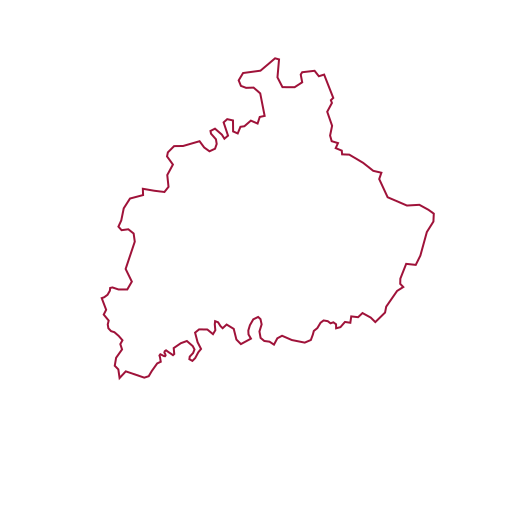 outline of Minas de Corrales, Rivera, Uruguay, rotated 41°
{"feature_id": "84410073B24709911994057", "entity_name": "Minas de Corrales", "entity_type": "district", "adm_level": 2, "iso_a3": "URY", "parent_name": "Uruguay", "parent_adm1": "Rivera", "projection": "albers", "projection_center": [-55.503, -31.525], "detail": "fine", "context": "isolated", "style": "outline", "palette": "rose", "viewbox_px": 512, "rotation_deg": 41, "n_neighbors": 0, "source": "geoboundaries", "source_scale": "gbopen_adm2", "svg_char_len": 2590}
<svg xmlns="http://www.w3.org/2000/svg" viewBox="0 0 512 512"><g transform="rotate(41 256 256)"><path d="M180.8,365.7L174.1,371.5L168.3,373.9L166.9,375.8L168.5,378.1L169.4,382.7L168.5,386.7L167.2,389.0L178.2,394.9L179.5,400.1L187.2,401.4L189.0,404.9L192.0,407.4L195.9,407.8L199.1,406.4L204.8,406.4L210.5,407.2L211.4,411.5L216.2,414.4L217.2,424.6L221.4,431.5L226.5,431.9L233.1,437.6L233.4,428.5L251.5,421.1L253.9,417.1L252.8,411.2L251.9,401.9L253.5,398.3L250.1,395.5L248.4,394.4L248.3,392.9L250.1,392.4L252.2,391.9L253.1,391.3L253.0,390.4L252.1,389.7L250.2,389.0L249.6,387.7L250.0,386.2L253.3,385.9L256.4,385.5L258.4,385.3L258.6,383.6L256.4,381.5L254.3,379.5L256.5,371.1L259.6,365.5L267.4,365.5L270.9,366.9L272.2,370.5L272.0,375.4L273.4,377.6L276.8,376.9L277.1,373.0L275.6,366.4L275.5,362.2L268.5,359.4L260.3,353.8L261.2,348.7L267.5,343.4L274.8,343.2L274.0,338.7L269.7,334.6L267.9,332.0L270.9,330.9L275.1,332.2L278.2,332.4L278.8,327.0L287.0,325.6L296.0,331.9L302.4,332.4L306.4,321.7L301.8,320.1L299.1,317.3L296.8,312.2L295.5,305.6L297.6,300.6L300.8,300.7L305.1,303.9L308.1,310.7L313.2,314.8L318.0,314.7L322.4,311.8L327.7,311.1L326.1,304.1L328.0,299.1L338.2,295.9L349.6,289.4L352.5,283.4L350.5,278.1L348.8,274.6L349.6,270.2L348.5,264.0L349.3,260.3L352.9,258.1L356.4,257.9L357.9,255.3L361.2,255.0L363.9,258.0L366.4,254.3L366.4,247.4L371.0,244.5L367.5,239.1L373.2,235.2L373.8,229.2L383.0,227.2L389.4,227.6L390.5,214.0L387.5,208.8L385.4,189.8L387.5,182.8L383.1,182.4L379.8,178.4L374.5,163.4L382.4,157.9L379.8,147.9L369.2,125.8L367.3,113.6L362.4,107.4L355.8,108.0L345.7,110.2L336.8,118.9L316.8,125.3L298.5,117.1L296.0,110.9L288.6,114.8L275.8,115.4L259.9,118.3L254.3,122.8L251.6,120.2L245.4,122.3L243.8,117.0L237.8,119.7L232.9,116.5L228.0,107.8L215.1,100.4L212.9,90.7L210.3,89.3L210.6,86.0L188.4,74.4L185.5,79.1L178.7,77.8L170.3,87.0L170.7,89.7L176.9,94.6L174.4,103.3L165.2,111.2L155.0,107.1L144.4,92.5L140.7,94.3L137.8,113.2L126.2,126.4L127.7,134.8L133.0,137.5L138.2,135.6L143.7,130.5L152.5,130.5L170.6,144.6L167.6,148.6L170.3,155.0L163.3,157.2L162.1,165.7L159.5,168.7L161.8,175.5L157.0,177.0L149.7,168.8L144.5,171.6L143.9,176.4L155.9,183.5L155.2,188.2L150.6,186.8L141.5,186.8L139.6,191.5L141.8,193.2L149.2,194.2L152.8,197.2L154.7,201.9L152.2,207.5L145.7,208.1L138.1,206.4L128.8,220.8L122.1,226.8L121.5,235.6L123.5,239.2L133.3,241.5L135.9,253.1L144.6,261.2L144.9,267.8L136.4,273.5L126.5,279.5L130.8,284.1L123.2,295.3L124.9,306.8L131.0,317.6L132.9,324.1L137.6,324.7L142.1,319.6L148.9,319.3L155.1,324.7L166.1,351.3L179.1,356.8L180.8,365.7Z" fill="none" stroke="#9f1239" stroke-width="2"/></g></svg>